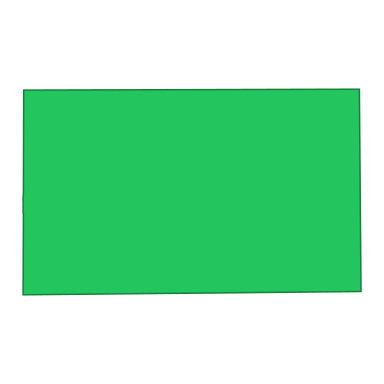 outline of Hartley, Texas, United States of America
{"feature_id": "52423323B45324234898268", "entity_name": "Hartley", "entity_type": "district", "adm_level": 2, "iso_a3": "USA", "parent_name": "United States of America", "parent_adm1": "Texas", "projection": "orthographic", "projection_center": [-102.882, 35.839], "detail": "fine", "context": "isolated", "style": "filled", "palette": "green", "viewbox_px": 384, "rotation_deg": 0, "n_neighbors": 0, "source": "geoboundaries", "source_scale": "gbopen_adm2", "svg_char_len": 252}
<svg xmlns="http://www.w3.org/2000/svg" viewBox="0 0 384 384"><path d="M23.7,90.1L23.4,193.0L23.0,198.9L23.2,204.2L23.1,212.5L23.4,214.8L23.3,239.5L23.1,294.8L361.0,291.5L359.4,89.2L23.7,90.1Z" fill="#22c55e" stroke="#15803d" stroke-width="1.5"/></svg>